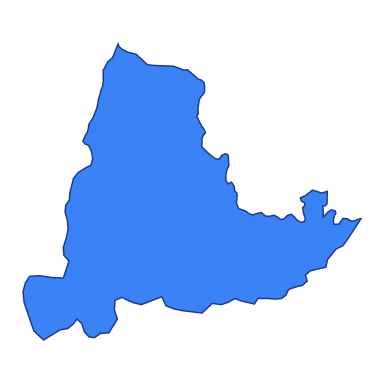 Machang, Kelantan, Malaysia (Mercator projection)
{"feature_id": "92858781B41710084977616", "entity_name": "Machang", "entity_type": "district", "adm_level": 2, "iso_a3": "MYS", "parent_name": "Malaysia", "parent_adm1": "Kelantan", "projection": "mercator", "projection_center": [102.272, 5.773], "detail": "fine", "context": "isolated", "style": "filled", "palette": "blue", "viewbox_px": 384, "rotation_deg": 0, "n_neighbors": 0, "source": "geoboundaries", "source_scale": "gbopen_adm2", "svg_char_len": 2475}
<svg xmlns="http://www.w3.org/2000/svg" viewBox="0 0 384 384"><path d="M118.1,44.0L112.6,57.6L107.7,61.8L104.1,69.0L103.2,69.9L103.3,81.6L102.6,86.3L101.1,89.7L100.4,92.7L98.4,99.8L97.9,103.2L96.9,107.9L93.2,117.5L91.5,120.2L90.0,122.4L88.8,124.9L88.1,129.8L87.1,132.8L85.4,135.2L84.4,137.7L82.9,141.1L85.1,144.1L88.5,145.3L91.5,151.4L92.7,158.6L90.9,165.2L86.1,167.6L78.3,172.4L73.5,178.4L69.9,192.8L69.3,200.0L65.7,205.4L65.1,212.0L67.5,221.0L68.1,228.9L66.3,237.9L63.3,247.5L63.9,255.3L68.7,260.7L68.7,261.9L63.3,278.1L51.9,277.5L39.3,275.7L29.6,276.3L25.4,282.9L23.0,291.9L24.2,302.8L32.4,326.7L32.7,327.4L33.9,331.0L43.5,340.0L60.3,329.8L67.5,328.6L72.9,324.4L77.1,319.0L81.9,323.8L84.3,331.6L89.1,337.0L94.5,337.6L100.5,333.4L109.0,332.8L111.4,328.6L113.8,325.0L117.4,319.0L114.4,310.0L115.0,300.3L122.2,297.3L127.6,300.3L133.6,302.8L141.4,304.6L148.0,302.1L161.8,296.7L166.0,305.8L173.8,308.8L182.2,310.6L202.1,313.0L212.3,303.4L221.3,304.6L228.5,302.1L235.1,298.5L241.1,300.9L254.3,304.0L257.9,298.5L267.6,298.5L275.4,299.1L281.4,298.5L285.6,295.5L288.6,289.5L295.2,287.1L302.4,285.3L306.5,281.7L307.2,281.1L305.4,275.1L310.2,270.9L319.8,268.5L325.8,267.3L327.6,259.5L336.2,248.9L342.7,245.8L347.3,239.7L361.0,218.7L357.5,219.4L354.8,220.9L350.9,221.1L347.7,218.9L343.0,218.4L341.0,221.1L338.6,224.3L333.7,224.1L333.4,219.6L334.6,215.2L335.9,213.2L335.1,210.8L331.4,209.8L327.8,212.2L323.1,217.2L323.3,213.5L323.1,209.0L322.8,205.8L325.3,205.8L327.0,203.9L327.3,191.3L321.8,193.1L315.9,191.1L312.5,190.1L304.9,196.0L300.4,197.7L301.2,200.9L305.1,203.1L304.6,205.8L302.7,207.6L303.6,213.7L305.4,218.6L304.4,221.6L300.7,222.3L296.7,219.9L294.3,216.9L291.3,214.2L287.4,215.4L284.4,218.6L280.8,219.6L277.6,217.2L274.1,215.2L268.9,216.4L265.2,215.9L261.1,212.5L256.9,213.5L252.5,215.0L249.3,213.7L245.1,210.8L238.7,208.6L236.5,203.4L237.0,197.2L237.0,193.5L234.7,190.8L234.2,186.4L231.5,182.2L227.8,183.9L225.9,180.3L225.9,174.1L226.9,169.7L228.8,165.7L228.6,160.3L228.1,154.9L225.4,153.7L221.7,155.4L219.2,159.3L215.5,158.8L210.9,155.4L207.2,152.2L201.8,146.8L202.0,143.3L201.8,139.7L203.0,135.7L205.5,132.8L204.0,129.1L201.5,125.9L198.3,119.5L196.8,116.0L198.3,113.8L197.8,108.9L199.3,99.5L200.8,97.1L203.2,94.1L204.5,91.9L204.7,87.0L204.0,82.6L201.3,80.1L197.8,78.9L194.4,75.7L187.4,69.7L183.9,70.1L173.9,66.3L165.4,65.9L154.7,65.5L147.4,64.7L142.0,59.7L136.2,54.3L128.5,52.4L122.0,49.3L118.9,46.3L118.1,44.0Z" fill="#3b82f6" stroke="#1e3a8a" stroke-width="1.5"/></svg>